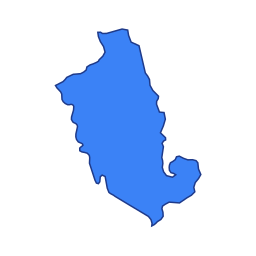 an SVG outline of Kvemo Kartli, rotated 71°
{"feature_id": "GEO-3037", "entity_name": "Kvemo Kartli", "entity_type": "Region", "adm_level": 1, "iso_a3": "GEO", "parent_name": "Georgia", "parent_adm1": "", "projection": "albers", "projection_center": [44.553, 41.504], "detail": "fine", "context": "isolated", "style": "filled", "palette": "blue", "viewbox_px": 256, "rotation_deg": 71, "n_neighbors": 0, "source": "natural_earth", "source_scale": "10m", "svg_char_len": 1835}
<svg xmlns="http://www.w3.org/2000/svg" viewBox="0 0 256 256"><g transform="rotate(71 128 128)"><path d="M188.4,162.5L186.9,163.5L184.2,166.0L182.7,167.0L178.1,167.2L166.4,165.4L164.1,167.8L165.1,170.1L169.7,172.2L170.5,173.4L171.0,174.1L169.8,175.8L166.6,176.2L148.8,175.9L143.7,173.9L141.3,173.5L138.6,174.7L137.1,176.8L135.6,179.4L133.8,181.0L131.3,180.2L130.7,179.0L130.2,177.4L129.6,176.2L128.3,176.2L127.5,176.8L125.0,179.5L122.1,180.4L119.4,180.2L116.7,179.2L110.3,175.3L108.8,175.1L107.3,175.6L106.3,176.4L105.4,177.4L104.3,178.2L101.5,178.7L99.2,177.8L93.4,173.7L90.1,172.3L88.8,172.3L87.4,173.4L87.0,174.6L86.9,175.9L86.3,177.5L84.4,179.4L82.0,180.7L79.5,181.1L74.3,179.6L71.9,179.9L67.0,182.1L64.2,182.7L63.0,174.3L61.7,171.7L60.2,169.4L59.4,162.3L61.2,155.2L60.7,151.7L59.5,148.6L56.9,147.0L56.0,143.3L56.0,139.8L55.7,136.3L55.2,134.1L54.1,133.1L51.9,128.4L48.8,125.0L43.1,124.6L37.2,126.0L31.9,126.2L27.7,125.4L28.5,122.8L30.3,121.4L31.6,117.5L32.5,101.4L35.3,96.4L40.6,97.3L47.8,97.1L53.8,90.8L81.6,93.7L85.3,92.5L89.1,91.9L94.8,93.3L100.6,92.3L107.9,88.8L110.1,89.9L112.0,92.2L114.8,93.3L123.2,93.1L125.1,88.9L131.8,89.8L137.4,93.8L143.1,98.9L149.4,95.7L151.5,96.3L151.9,98.6L153.6,100.8L157.2,100.6L167.0,105.7L170.0,105.9L172.9,106.6L176.4,108.4L181.0,108.6L185.6,107.1L189.0,102.0L187.8,98.1L185.8,99.6L184.2,101.9L181.5,102.6L178.7,101.9L176.6,100.9L174.7,99.2L174.2,96.4L173.3,93.6L171.0,91.5L171.3,88.7L174.8,85.3L177.6,81.8L179.0,77.3L181.0,74.3L183.6,73.3L189.7,74.7L195.7,74.3L198.8,77.8L201.5,82.2L205.5,85.1L210.1,85.6L212.2,89.9L213.2,95.0L215.6,103.7L211.5,113.2L212.2,117.6L213.1,120.8L215.3,122.2L219.1,122.4L222.9,123.5L225.2,126.7L226.1,130.7L227.1,132.6L227.9,134.7L228.3,137.4L226.0,136.3L222.1,136.1L218.2,137.5L199.9,152.9L188.4,162.5Z" fill="#3b82f6" stroke="#1e3a8a" stroke-width="1.5"/></g></svg>